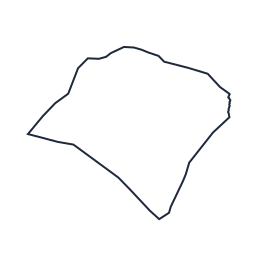 Ceel, Govi-Altay, Mongolia (Mercator projection), rotated 16°
{"feature_id": "93677404B88307122789623", "entity_name": "Ceel", "entity_type": "district", "adm_level": 2, "iso_a3": "MNG", "parent_name": "Mongolia", "parent_adm1": "Govi-Altay", "projection": "mercator", "projection_center": [96.016, 45.422], "detail": "fine", "context": "isolated", "style": "outline", "palette": "slate", "viewbox_px": 256, "rotation_deg": 16, "n_neighbors": 0, "source": "geoboundaries", "source_scale": "gbopen_adm2", "svg_char_len": 1062}
<svg xmlns="http://www.w3.org/2000/svg" viewBox="0 0 256 256"><g transform="rotate(16 128 128)"><path d="M183.1,207.0L190.8,198.2L190.8,191.9L195.5,163.7L196.3,156.4L196.4,144.4L210.9,109.0L222.5,89.7L222.3,89.2L221.7,88.1L221.1,86.8L220.8,86.2L220.5,85.8L220.0,85.4L219.8,85.0L219.8,84.6L219.9,83.9L220.0,83.2L219.7,82.7L219.4,82.0L219.4,81.6L219.5,81.2L219.6,80.8L219.6,80.4L219.5,80.0L219.4,79.4L219.7,78.7L219.3,78.2L219.1,77.8L218.8,77.3L218.8,77.2L218.8,76.9L218.9,76.4L219.0,76.2L218.9,76.0L218.8,75.7L218.5,75.4L218.4,75.1L218.5,74.6L218.7,74.1L218.8,73.5L218.7,73.0L218.3,72.7L217.8,72.4L217.3,71.9L217.1,71.4L216.9,71.3L216.2,71.2L215.9,70.8L216.0,70.1L216.0,69.6L216.2,69.0L216.2,68.4L216.4,67.8L216.4,67.5L216.1,67.3L216.1,67.2L205.2,63.3L189.7,53.9L169.2,53.6L144.5,54.3L137.5,50.3L126.5,49.8L119.4,49.0L111.5,49.0L101.8,51.2L90.9,60.7L87.3,65.6L81.0,69.5L70.2,72.1L63.5,84.3L61.1,111.5L51.2,124.2L42.7,140.4L33.5,161.4L64.3,160.7L80.1,159.0L132.4,178.3L147.3,186.8L171.7,201.4L183.1,207.0Z" fill="none" stroke="#1e293b" stroke-width="2"/></g></svg>